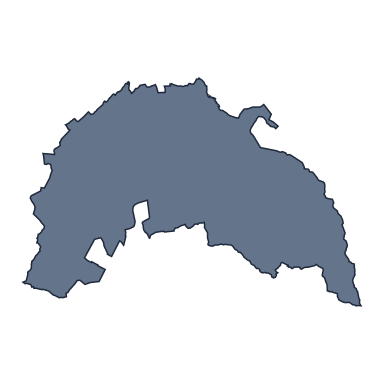 Babeni, Salaj, Romania
{"feature_id": "2599482B45122304788929", "entity_name": "Babeni", "entity_type": "district", "adm_level": 2, "iso_a3": "ROU", "parent_name": "Romania", "parent_adm1": "Salaj", "projection": "orthographic", "projection_center": [23.391, 47.295], "detail": "fine", "context": "isolated", "style": "filled", "palette": "slate", "viewbox_px": 384, "rotation_deg": 0, "n_neighbors": 0, "source": "geoboundaries", "source_scale": "gbopen_adm2", "svg_char_len": 5912}
<svg xmlns="http://www.w3.org/2000/svg" viewBox="0 0 384 384"><path d="M271.3,114.2L263.8,104.5L260.3,107.1L252.6,107.1L248.4,108.7L244.1,109.1L240.1,114.2L238.5,118.1L235.2,117.5L229.4,115.5L227.8,114.5L227.3,113.6L222.7,110.5L220.5,110.3L219.2,109.1L219.0,107.8L218.4,106.8L219.4,106.6L219.0,105.3L216.4,103.1L216.7,102.9L216.5,102.1L215.1,101.1L214.9,100.4L215.6,99.0L214.7,98.1L213.2,98.7L212.7,98.1L213.0,97.6L211.5,97.4L209.8,95.9L209.5,97.4L207.8,96.0L207.6,95.5L208.1,94.9L207.4,94.3L206.5,91.9L206.9,90.4L206.7,86.0L205.6,85.8L203.8,82.1L202.0,80.2L200.6,79.1L199.6,79.0L199.0,78.1L198.1,79.2L196.5,79.1L195.3,81.8L193.7,84.0L191.0,84.2L190.5,83.6L189.3,83.5L188.7,83.8L187.5,85.8L185.8,85.5L182.8,86.6L180.6,85.9L178.7,86.2L173.9,84.9L171.3,83.6L171.1,84.4L170.0,84.2L170.3,85.9L164.3,86.2L165.2,88.6L165.1,92.4L158.1,92.7L156.4,86.7L155.3,84.6L153.8,85.4L152.3,85.6L150.2,86.8L147.7,87.1L146.6,86.8L145.3,84.5L144.8,84.4L139.9,85.4L139.5,86.4L137.3,88.6L135.8,88.5L134.4,90.2L134.4,91.1L132.0,92.7L132.0,93.3L131.6,93.5L130.1,90.8L129.0,89.9L128.8,88.3L129.4,83.0L128.3,81.3L128.5,83.2L127.6,82.7L127.6,84.0L126.7,83.4L125.5,83.7L124.2,86.2L122.8,87.5L121.2,90.3L118.8,92.0L118.3,91.7L117.2,92.4L115.3,95.2L113.8,94.0L112.9,94.4L110.2,97.6L109.7,97.8L107.2,101.4L105.9,102.2L104.7,101.1L103.7,102.1L102.8,104.6L96.8,109.9L96.3,111.0L94.6,112.2L93.6,113.8L90.9,114.4L88.4,111.9L83.6,116.9L78.1,121.6L76.3,120.8L75.5,119.4L74.4,118.7L74.0,119.2L73.2,119.3L72.3,120.5L71.3,120.9L68.7,123.2L65.5,124.9L66.4,125.6L68.3,129.3L69.8,129.8L69.6,130.5L61.1,139.5L60.9,141.0L60.3,141.5L60.2,142.2L59.8,142.3L59.7,143.1L60.3,145.2L58.3,147.1L55.1,148.7L54.4,149.5L53.9,150.8L54.4,152.3L54.5,154.5L43.0,153.5L43.7,156.5L44.5,164.1L46.7,164.4L47.3,163.7L48.3,163.5L50.5,164.5L50.9,165.3L51.2,168.3L52.1,170.1L52.0,170.8L50.4,175.3L49.8,177.8L44.4,188.1L41.2,187.6L40.6,191.0L31.7,195.5L30.8,196.3L30.3,198.0L31.7,201.1L34.0,204.4L35.0,206.9L34.7,209.8L33.4,213.9L39.5,219.8L41.5,222.7L44.3,225.8L44.4,227.0L43.6,229.0L42.2,230.1L41.3,232.2L39.4,233.9L38.2,234.3L37.7,237.4L36.9,238.2L37.6,238.8L37.6,240.4L36.8,242.9L38.1,243.1L40.7,246.7L39.7,249.3L40.0,251.3L38.8,252.1L37.4,254.4L35.9,255.5L33.9,259.3L31.8,261.4L31.8,262.8L31.3,264.2L31.5,266.0L31.2,268.5L29.8,270.6L28.1,271.7L27.7,272.5L27.8,274.7L26.2,280.8L23.0,282.2L25.1,283.7L26.7,283.4L30.8,284.6L31.9,287.2L32.7,286.7L33.5,286.8L33.9,288.3L35.9,288.2L42.1,289.7L42.9,289.3L48.6,291.0L53.2,295.0L54.5,295.3L59.4,297.8L61.2,297.3L62.6,297.7L66.4,296.7L66.0,293.1L67.9,292.5L68.8,291.1L68.8,290.6L75.1,283.6L77.1,280.6L79.9,280.2L85.0,284.4L90.5,282.5L99.1,281.5L105.2,269.5L97.6,265.6L97.9,265.0L91.8,261.8L91.8,262.4L91.4,262.6L87.5,260.5L84.5,257.8L94.6,239.3L100.4,237.8L101.2,238.3L103.4,242.0L104.2,246.3L107.4,252.9L107.6,253.5L107.3,254.2L111.6,256.5L119.5,240.9L121.4,242.0L123.6,245.3L123.8,244.9L125.8,236.6L125.8,235.9L125.4,235.6L125.8,232.0L125.5,231.6L125.2,229.7L129.7,228.6L133.6,226.7L134.4,225.3L135.1,221.6L132.7,210.1L133.3,206.5L135.0,204.6L138.1,203.0L147.4,200.2L149.6,217.7L148.6,218.7L143.1,221.7L142.2,223.0L143.2,225.6L143.2,227.0L143.8,230.0L145.2,232.2L146.2,232.5L146.3,233.2L147.7,234.0L147.6,234.6L149.4,238.2L149.7,238.2L150.6,235.2L155.8,232.3L161.6,231.4L163.0,231.5L163.8,231.1L164.5,232.0L174.0,231.0L173.9,230.4L175.5,227.8L177.1,228.0L180.8,225.8L185.2,224.4L185.5,225.6L187.5,227.9L188.2,228.3L190.2,228.1L193.3,226.0L193.8,225.0L194.9,224.2L196.4,224.0L197.7,224.4L199.5,222.9L201.9,223.1L204.2,222.4L204.7,225.5L204.4,227.4L207.6,232.9L207.5,237.6L208.7,242.2L207.9,244.2L208.3,245.0L209.7,245.7L212.6,246.2L215.5,244.8L217.5,245.1L221.2,244.1L223.4,244.8L224.9,244.4L231.1,245.0L232.7,246.1L235.2,249.5L237.2,250.4L238.5,252.3L240.3,252.4L242.5,254.6L244.0,257.1L247.5,260.0L249.7,260.9L251.4,264.1L254.5,265.7L255.2,267.1L256.6,268.5L258.3,268.5L259.4,269.3L260.0,271.3L261.5,272.6L263.6,272.8L264.6,272.4L266.4,273.1L268.0,272.8L271.4,274.9L271.8,276.9L272.5,277.5L273.4,277.4L273.7,277.9L275.3,277.3L276.4,275.4L276.1,273.9L277.8,272.8L276.3,271.8L275.2,269.9L278.0,268.0L278.6,266.9L280.3,265.5L281.0,263.1L282.1,262.4L287.2,264.9L287.3,266.0L288.3,265.5L288.5,267.1L290.3,267.2L292.0,268.6L292.7,268.4L293.9,267.2L298.4,267.0L299.8,267.3L300.2,268.5L301.3,269.2L304.6,267.4L308.2,267.2L314.7,265.6L316.3,264.4L318.7,266.4L322.9,268.5L323.2,270.4L322.3,274.5L322.3,275.9L324.5,277.7L326.0,282.2L327.1,284.8L327.3,290.9L328.3,290.9L329.2,291.7L331.9,291.7L333.2,292.5L336.8,293.4L337.5,294.3L337.4,296.3L339.0,300.0L342.9,302.0L345.1,302.6L349.4,302.4L352.8,304.8L354.7,304.9L356.1,305.9L358.0,305.5L361.0,305.8L359.5,303.2L359.7,299.6L358.9,298.4L357.5,291.3L356.8,291.0L356.3,288.7L354.2,287.1L354.2,285.5L353.3,283.5L352.7,281.0L352.7,279.9L353.8,277.0L355.0,275.0L354.6,271.9L354.9,271.1L354.7,268.7L354.2,267.5L354.2,266.4L354.5,265.9L354.1,263.9L351.7,263.4L350.7,262.1L348.9,261.5L349.1,260.7L348.7,259.5L345.1,254.2L345.0,252.1L346.0,250.4L346.3,248.5L346.9,247.3L347.3,245.9L347.2,244.6L346.1,241.0L343.9,239.4L343.7,238.6L344.2,236.6L344.2,235.1L345.0,233.8L345.0,232.8L342.0,224.7L343.2,223.4L342.6,220.0L340.8,216.0L338.2,213.7L337.3,210.9L333.6,207.9L333.0,206.6L332.8,204.8L333.8,202.9L332.4,199.3L327.7,198.5L325.4,197.3L325.3,196.1L324.0,194.1L325.0,192.0L324.6,188.7L324.9,185.9L324.4,183.1L323.3,182.0L318.4,180.2L317.0,177.6L312.7,172.2L309.5,171.7L308.9,169.8L308.3,169.2L304.3,168.8L304.3,167.5L303.9,166.2L302.3,162.7L291.0,155.3L289.5,154.6L287.0,154.9L285.6,152.9L283.1,151.9L281.6,151.7L281.1,152.2L280.0,152.2L276.6,150.8L260.5,147.6L253.6,136.2L252.2,134.3L251.5,134.1L250.4,132.2L250.3,130.0L250.9,128.4L254.0,123.2L256.2,120.2L256.7,118.8L258.5,116.5L261.9,116.8L264.0,117.9L266.0,120.4L266.6,121.9L266.4,122.3L267.1,123.4L268.4,124.1L270.6,126.4L273.9,127.0L275.8,128.6L278.1,126.2L273.3,122.0L268.9,119.7L271.3,114.2Z" fill="#64748b" stroke="#1e293b" stroke-width="1.5"/></svg>